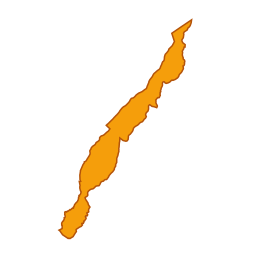 Goicoechea, San José, Costa Rica, rotated 308°
{"feature_id": "36466004B79132997728490", "entity_name": "Goicoechea", "entity_type": "district", "adm_level": 2, "iso_a3": "CRI", "parent_name": "Costa Rica", "parent_adm1": "San José", "projection": "orthographic", "projection_center": [-83.99, 9.957], "detail": "fine", "context": "isolated", "style": "filled", "palette": "amber", "viewbox_px": 256, "rotation_deg": 308, "n_neighbors": 0, "source": "geoboundaries", "source_scale": "gbopen_adm2", "svg_char_len": 5865}
<svg xmlns="http://www.w3.org/2000/svg" viewBox="0 0 256 256"><g transform="rotate(308 128 128)"><path d="M74.4,114.4L73.7,115.0L71.5,115.1L65.0,116.8L64.3,117.4L63.8,117.6L63.2,118.0L61.3,119.0L57.7,122.0L56.8,123.6L56.0,123.0L55.8,122.6L53.2,125.6L52.2,126.1L51.0,127.0L49.3,129.1L49.0,129.9L48.7,130.4L46.9,131.2L45.9,131.3L44.6,130.9L44.5,131.0L44.5,131.3L44.4,131.6L43.2,131.6L42.8,131.8L42.3,132.1L42.0,132.5L41.4,132.6L40.6,133.1L39.9,133.1L39.3,133.3L38.1,133.3L37.7,133.2L37.0,133.1L35.0,133.1L34.3,133.2L33.2,133.7L32.0,133.7L31.9,133.9L31.7,134.2L31.3,134.3L31.0,134.2L30.8,134.1L30.6,133.5L28.1,133.1L27.9,132.9L27.9,132.5L25.5,132.0L25.3,131.8L25.2,131.4L24.0,131.4L23.9,130.6L23.2,130.0L22.4,130.2L21.6,131.0L20.7,131.5L20.4,132.2L19.7,132.9L19.2,133.2L18.7,133.4L18.3,133.4L18.0,133.0L16.9,133.9L15.5,134.1L15.1,134.3L14.3,134.0L12.2,134.3L10.6,135.6L10.7,136.1L8.2,138.0L5.0,136.5L5.0,137.6L3.6,142.2L4.1,148.9L4.8,149.2L5.1,150.3L8.6,151.6L13.1,151.1L14.6,151.1L15.8,149.7L16.6,149.7L18.4,150.3L20.0,150.8L21.6,151.7L23.4,151.8L24.1,150.5L24.7,150.5L25.3,151.5L26.3,151.3L26.7,151.2L27.0,151.0L27.3,150.5L27.6,150.6L27.8,150.8L28.3,151.0L28.9,150.8L30.6,150.8L30.9,150.7L31.4,149.8L31.8,149.7L31.8,149.1L32.1,148.9L33.0,148.9L33.4,149.4L33.7,149.9L34.7,149.7L34.9,149.5L35.1,148.7L35.7,147.9L36.3,147.9L36.7,148.4L37.6,148.7L38.0,148.5L38.5,147.8L39.2,147.4L39.8,147.1L40.3,146.9L42.3,146.7L42.5,146.0L42.7,145.3L42.9,144.9L43.0,144.4L43.4,143.7L43.8,143.2L44.5,142.2L44.9,140.6L45.2,140.2L45.5,139.0L46.0,138.0L46.8,137.0L47.6,137.2L48.6,137.7L50.0,137.8L50.6,137.5L50.8,137.2L51.2,136.8L52.2,136.0L52.7,135.8L53.7,135.7L54.0,135.7L56.3,136.2L57.0,136.6L57.9,137.2L58.2,137.7L58.6,137.9L59.7,138.2L61.2,138.4L61.7,138.4L62.5,138.6L63.1,139.1L63.6,139.5L64.0,140.0L64.8,140.7L66.2,140.6L66.6,140.5L67.5,140.3L67.9,140.1L69.2,140.1L70.1,140.6L71.1,141.4L72.4,141.4L73.3,141.7L73.6,142.2L73.7,142.4L74.1,142.7L74.7,142.9L76.9,142.8L77.5,142.8L78.9,142.4L81.8,142.5L84.1,142.9L86.5,142.8L87.2,142.6L87.7,142.2L88.2,142.0L88.7,141.9L90.2,141.8L90.5,141.7L91.2,141.0L92.2,140.6L93.9,140.3L97.2,137.8L98.4,137.4L99.0,137.3L100.2,136.9L102.1,135.9L103.8,135.3L104.7,134.5L105.3,134.2L105.8,133.7L106.4,133.2L107.3,132.8L110.3,130.8L110.8,130.4L112.5,129.6L115.1,127.7L115.1,127.8L115.1,129.9L115.1,131.8L116.2,134.3L116.8,134.9L117.2,135.2L118.8,135.2L119.4,135.0L119.7,134.7L120.8,134.1L121.4,133.6L122.1,133.2L123.5,133.2L124.5,133.6L127.9,133.6L129.0,133.4L131.2,132.5L132.3,132.5L133.2,132.7L134.2,133.0L136.1,133.8L137.6,134.1L138.7,134.1L139.9,134.4L140.8,134.8L141.4,135.3L142.1,135.5L143.8,135.5L144.2,135.4L145.2,135.4L146.1,135.7L146.9,135.7L148.3,135.4L148.6,135.0L148.6,134.6L149.1,133.9L149.3,133.7L150.1,133.4L150.5,133.1L152.0,133.1L153.8,133.3L154.1,133.1L155.7,132.5L156.1,132.1L157.3,131.2L158.0,130.6L158.5,130.5L159.6,130.7L159.8,131.1L159.8,133.6L160.3,134.5L160.8,135.4L161.6,137.7L161.7,138.1L162.8,137.9L163.4,137.6L163.7,137.2L164.5,135.4L165.1,134.4L166.7,133.3L167.1,132.6L170.1,132.7L170.3,132.8L170.5,133.3L171.2,133.9L171.7,133.8L172.1,133.5L173.2,133.5L173.5,133.4L173.8,133.1L174.2,132.5L174.8,132.3L175.1,131.9L175.4,131.6L176.8,131.5L177.1,130.8L178.8,130.2L179.3,129.9L180.3,129.5L181.6,129.3L182.8,128.9L183.5,128.4L184.0,127.9L184.6,127.5L185.3,127.2L186.1,127.4L186.7,128.1L186.7,128.5L186.4,129.3L186.4,129.7L186.6,130.2L186.6,130.5L187.0,130.9L188.2,131.8L189.4,132.4L190.7,132.8L191.9,132.8L192.6,133.1L193.1,133.6L193.1,133.9L193.4,134.2L194.2,134.6L194.7,135.0L195.5,135.4L196.3,135.7L196.7,135.7L197.9,136.2L199.6,136.2L200.4,136.0L200.7,135.8L201.5,135.6L202.7,135.6L203.8,135.8L205.6,135.8L206.6,135.5L208.1,135.3L208.9,135.1L210.8,133.2L211.2,133.5L211.5,133.6L212.0,133.6L212.6,133.4L213.1,133.2L213.8,132.7L214.2,132.2L214.6,132.1L214.9,132.1L215.4,131.8L216.0,131.1L216.3,130.6L216.3,129.3L216.4,129.0L217.5,128.1L217.8,127.4L219.0,125.8L221.2,124.5L221.7,123.7L222.0,123.5L222.8,123.4L223.7,123.2L224.5,123.2L226.3,122.4L226.9,123.1L228.9,121.7L228.9,118.8L229.5,117.4L230.5,116.2L233.2,116.0L236.2,114.3L236.9,113.4L238.4,113.2L241.7,114.3L243.6,113.7L245.7,114.1L247.2,113.9L249.8,113.0L252.4,111.5L241.0,107.8L229.6,104.2L224.7,111.4L220.1,112.2L215.3,111.6L213.9,112.2L211.1,112.2L209.0,112.0L207.1,112.7L206.4,113.0L204.8,114.1L203.8,114.6L203.2,114.8L202.5,114.8L201.8,114.6L201.2,114.6L200.9,114.7L200.1,114.9L198.8,115.4L196.8,115.8L194.8,116.5L193.4,116.5L192.0,116.0L189.9,115.5L189.4,115.5L187.0,115.0L185.9,115.0L183.5,115.5L179.5,115.5L177.8,115.8L177.4,115.9L177.2,116.1L176.6,116.4L176.0,116.5L174.0,117.1L173.7,117.1L170.4,118.2L168.5,117.5L165.3,116.7L164.2,116.1L163.9,116.0L163.6,115.8L162.9,115.5L162.7,115.2L161.3,114.7L161.0,114.7L160.9,114.6L159.0,114.1L157.3,114.1L157.1,114.0L156.4,114.0L155.0,113.6L153.4,112.4L151.8,112.4L151.3,112.6L150.8,112.6L150.1,112.8L148.1,112.8L146.6,112.6L145.9,112.6L145.0,112.4L144.4,112.4L143.8,112.2L143.6,112.1L143.3,112.0L143.0,111.8L142.6,111.8L142.3,111.5L141.8,111.4L141.5,111.3L140.8,111.1L139.9,111.1L139.7,111.0L136.6,111.0L135.5,111.2L132.9,111.2L132.6,111.1L131.5,111.1L130.6,110.9L128.2,110.7L127.9,110.6L126.2,110.6L125.9,110.5L125.1,110.5L123.9,110.2L123.3,110.2L122.6,110.1L122.1,110.1L121.6,109.9L120.9,109.9L117.9,109.5L117.9,109.4L117.5,109.4L117.0,109.2L116.7,109.2L116.2,114.3L113.2,114.4L112.5,114.1L111.1,113.8L107.8,113.3L107.5,113.1L107.3,113.1L106.7,112.8L105.5,112.0L104.5,111.6L103.0,111.6L102.6,111.8L101.9,112.4L101.1,112.8L100.0,112.8L98.4,112.4L97.8,112.1L97.1,111.9L96.4,111.9L95.9,112.1L95.2,112.2L94.3,112.2L93.6,112.0L93.3,111.8L92.1,111.5L91.7,111.3L89.5,111.3L88.3,111.8L86.9,111.8L86.0,112.4L85.5,113.0L84.8,113.7L84.1,114.1L83.6,114.3L81.8,114.6L81.1,114.6L80.7,114.7L80.2,114.8L78.9,114.8L78.2,115.0L76.2,115.2L75.7,115.1L75.2,114.9L74.4,114.4Z" fill="#f59e0b" stroke="#b45309" stroke-width="1.5"/></g></svg>